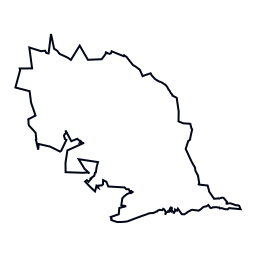 Ramos Arizpe, Coahuila, Mexico (Natural Earth projection)
{"feature_id": "50627088B1488755030545", "entity_name": "Ramos Arizpe", "entity_type": "district", "adm_level": 2, "iso_a3": "MEX", "parent_name": "Mexico", "parent_adm1": "Coahuila", "projection": "natural_earth1", "projection_center": [-101.014, 25.924], "detail": "fine", "context": "isolated", "style": "outline", "palette": "ink", "viewbox_px": 256, "rotation_deg": 0, "n_neighbors": 0, "source": "geoboundaries", "source_scale": "gbopen_adm2", "svg_char_len": 5139}
<svg xmlns="http://www.w3.org/2000/svg" viewBox="0 0 256 256"><path d="M173.6,213.6L173.8,213.2L173.9,212.9L174.1,212.7L174.2,212.4L174.3,212.4L174.5,212.1L174.6,211.8L174.7,211.6L174.8,211.4L174.8,211.2L175.0,211.0L175.0,210.8L175.1,210.4L175.1,209.6L176.6,210.5L177.0,210.7L177.9,208.7L181.8,214.2L184.3,214.3L185.3,213.7L186.7,212.9L187.3,212.2L187.6,212.1L188.2,211.7L190.7,210.4L191.1,210.1L191.7,209.9L192.2,209.8L198.6,210.6L199.2,210.2L199.3,210.3L201.0,209.1L203.0,207.3L203.7,206.9L204.1,206.8L204.4,206.6L204.9,206.5L205.3,206.5L206.0,206.4L206.4,206.4L207.6,205.5L208.4,205.0L210.2,207.8L211.3,208.0L211.5,208.0L211.7,207.9L211.9,207.8L212.2,207.5L212.9,207.2L213.2,207.3L214.1,207.4L215.1,207.1L215.5,207.1L216.0,207.1L216.6,207.2L218.0,207.5L218.4,207.6L218.7,207.5L219.1,207.4L219.6,207.8L219.8,208.3L221.9,208.2L222.9,208.5L223.7,208.7L223.8,208.8L224.2,209.0L224.6,209.1L224.8,209.1L225.3,209.2L225.9,209.2L226.3,209.2L227.2,209.3L227.4,209.4L227.6,209.4L229.1,208.1L240.6,209.2L239.2,205.8L238.2,205.4L237.6,205.3L235.6,205.2L235.2,205.0L234.7,204.8L234.3,204.6L233.9,204.5L233.4,204.3L233.0,204.2L232.7,204.1L232.2,204.0L231.9,203.8L231.5,203.6L230.8,203.5L230.4,203.4L230.0,203.3L229.6,203.3L229.4,203.3L229.1,203.3L228.7,203.4L227.3,203.7L227.0,203.8L226.9,203.8L226.6,203.7L226.6,203.3L226.5,203.1L226.5,202.9L226.7,202.7L226.8,202.5L226.9,202.4L227.0,202.2L227.0,201.9L223.6,197.9L223.1,197.8L222.5,197.7L222.3,197.7L221.7,197.7L221.4,197.8L221.0,198.0L220.5,198.1L220.1,198.2L219.6,198.5L219.4,198.6L219.1,198.6L218.8,198.5L218.6,198.4L218.4,198.3L217.8,198.4L217.1,198.5L216.7,198.6L216.4,198.6L216.2,198.6L215.9,198.6L215.7,198.6L214.8,198.7L214.1,198.8L209.2,191.6L208.4,188.3L207.6,185.5L199.1,184.6L198.7,184.4L199.2,183.2L198.0,175.7L195.4,170.7L195.0,167.6L191.8,162.1L185.7,148.9L188.2,141.1L188.3,140.9L189.4,140.3L189.8,139.9L190.1,139.3L190.3,137.9L190.6,136.3L192.2,129.3L191.5,128.6L190.3,123.8L183.3,123.3L178.5,121.4L178.7,111.1L178.5,110.4L176.7,97.8L172.4,95.6L172.4,94.9L170.7,92.9L170.2,92.0L169.5,90.6L168.6,89.6L167.5,87.5L166.9,86.5L166.7,86.3L165.8,85.2L164.8,84.4L164.1,84.0L163.3,83.4L163.0,83.3L162.1,82.7L161.5,82.3L158.5,81.2L155.1,79.1L151.6,75.3L150.6,73.3L145.0,75.2L142.6,76.1L139.8,69.7L135.6,66.6L132.9,65.0L126.6,57.0L124.1,55.3L123.7,56.2L111.6,51.3L111.4,52.2L110.9,53.3L109.8,53.8L108.6,53.6L107.5,53.1L106.5,52.5L105.9,52.3L105.8,52.5L105.9,52.8L106.0,52.9L106.0,53.1L105.9,53.4L105.9,53.6L105.6,54.0L105.4,54.1L104.6,55.4L101.7,59.2L92.6,59.6L87.9,59.8L86.1,56.6L84.6,54.1L79.7,45.6L70.9,59.9L68.2,58.0L68.0,57.9L67.5,57.6L67.2,57.4L59.6,53.9L57.3,50.8L54.1,48.7L51.0,34.0L48.6,53.4L46.3,53.0L45.2,50.7L41.1,51.2L29.3,47.5L32.1,68.4L19.7,68.5L20.1,70.3L15.4,87.5L29.6,91.2L31.1,102.7L35.5,115.5L28.3,119.3L28.4,120.0L28.6,124.4L29.2,125.8L33.6,130.5L35.6,132.8L36.3,139.3L35.9,139.6L38.2,149.7L38.7,144.0L50.1,146.6L60.1,151.6L61.2,150.8L66.4,139.9L64.8,138.9L64.7,137.8L64.2,136.7L64.0,135.7L64.2,135.2L64.5,134.6L64.9,134.0L66.2,132.9L65.5,130.4L71.3,141.2L77.3,138.8L79.5,140.8L80.5,140.8L80.6,141.9L80.2,142.4L81.5,142.1L82.0,143.2L84.1,142.8L67.4,150.4L65.5,162.9L65.6,172.2L83.2,172.8L87.8,172.5L89.5,173.4L84.5,168.8L82.0,164.6L80.6,162.4L78.7,159.2L98.0,162.1L96.7,166.6L96.3,169.4L95.8,172.5L95.5,172.6L95.0,172.9L94.9,172.9L94.3,175.8L90.7,178.3L91.2,178.7L88.5,181.8L86.9,180.1L85.1,181.6L89.9,186.6L95.0,191.4L95.4,190.1L96.3,186.5L98.3,187.8L97.4,185.8L98.5,186.2L99.1,185.4L100.9,185.5L101.4,185.5L101.7,185.5L103.0,184.3L103.1,180.1L106.4,181.8L108.3,186.5L124.2,187.4L124.5,187.3L126.3,189.2L128.7,189.2L129.7,191.3L131.2,191.0L132.6,192.0L131.1,193.1L128.9,193.2L128.0,193.7L127.0,194.1L124.1,196.4L123.1,197.5L122.5,198.0L122.2,199.2L121.3,205.3L126.1,206.2L119.3,208.0L118.9,213.1L118.7,214.3L110.7,217.0L111.3,218.2L111.6,218.7L111.6,218.8L111.1,219.2L111.3,220.0L111.5,220.1L114.3,221.1L117.2,222.0L121.2,222.0L122.8,221.9L125.0,221.7L127.4,221.4L134.7,218.6L139.1,217.0L140.9,216.3L147.0,214.2L149.1,213.3L153.7,212.9L155.4,212.0L155.7,211.8L156.8,211.5L157.0,211.5L157.6,210.6L158.1,210.4L158.5,210.4L158.8,210.2L159.7,209.8L160.8,210.0L161.9,210.2L162.9,209.7L163.2,208.8L163.9,209.1L164.0,209.3L164.1,209.5L164.3,209.8L164.6,210.0L164.8,210.2L165.0,210.7L165.0,210.4L165.2,210.9L165.3,211.4L165.4,211.5L165.5,212.0L165.8,212.2L165.9,212.3L165.4,213.7L165.1,214.7L165.5,214.1L165.7,213.4L165.9,212.8L165.9,212.7L166.0,212.6L166.2,212.4L166.4,212.3L166.6,212.2L166.9,212.2L167.1,212.1L167.3,212.1L167.6,212.0L167.6,211.9L167.8,211.7L168.1,211.0L168.3,210.5L168.2,211.1L168.9,211.6L169.0,211.2L169.2,210.6L169.2,210.4L169.4,210.1L169.5,210.0L169.5,209.9L169.6,209.6L169.9,209.0L170.6,207.6L170.8,207.7L171.2,207.6L171.4,207.6L171.5,207.6L171.8,207.8L171.9,208.1L171.9,208.4L171.9,208.5L171.8,208.9L171.8,209.0L171.7,209.2L171.5,209.7L171.5,209.8L171.5,210.0L170.8,211.0L171.1,211.4L171.2,211.5L171.4,211.2L171.5,211.1L171.8,210.4L172.0,210.5L172.1,210.8L172.1,211.1L172.3,211.3L172.7,211.5L172.8,211.6L173.5,211.7L173.5,211.8L173.5,212.0L173.7,212.6L173.7,212.8L173.7,213.2L173.6,213.3L173.6,213.6Z" fill="none" stroke="#020617" stroke-width="2"/></svg>